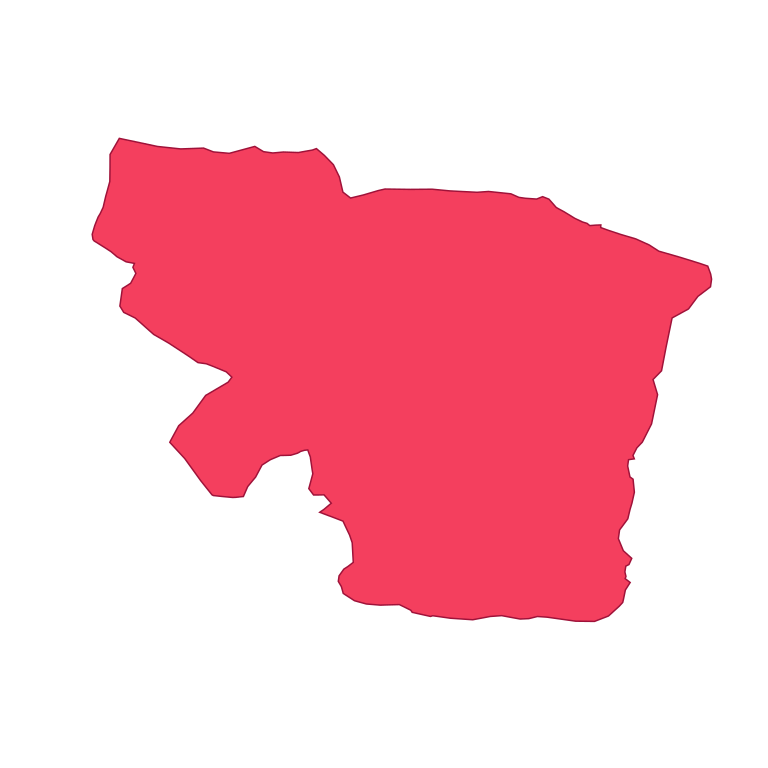 the district of Munya, Niger, Nigeria, rotated 98°
{"feature_id": "59680162B69298252864907", "entity_name": "Munya", "entity_type": "district", "adm_level": 2, "iso_a3": "NGA", "parent_name": "Nigeria", "parent_adm1": "Niger", "projection": "natural_earth1", "projection_center": [7.078, 9.799], "detail": "fine", "context": "isolated", "style": "filled", "palette": "rose", "viewbox_px": 768, "rotation_deg": 98, "n_neighbors": 0, "source": "geoboundaries", "source_scale": "gbopen_adm2", "svg_char_len": 3139}
<svg xmlns="http://www.w3.org/2000/svg" viewBox="0 0 768 768"><g transform="rotate(98 384 384)"><path d="M567.1,117.2L563.9,116.9L554.4,116.3L546.3,112.6L543.2,118.1L540.9,117.6L536.6,119.3L530.7,119.2L528.7,116.3L522.2,114.4L515.8,123.8L504.5,130.4L495.7,130.4L491.7,128.2L483.6,123.8L474.0,122.9L467.5,121.9L456.3,121.0L443.6,124.1L441.8,127.5L431.3,131.3L424.9,131.3L423.3,125.7L420.1,127.5L412.0,124.7L405.6,120.1L386.3,113.5L380.3,113.1L356.5,111.6L342.1,118.2L332.3,111.0L308.3,109.8L278.5,107.9L267.3,92.9L253.6,85.4L242.3,74.2L234.6,74.2L229.7,75.8L222.2,79.8L220.6,88.2L217.4,107.9L214.2,130.4L209.4,140.7L205.3,154.7L202.9,170.6L200.5,183.7L198.9,191.2L196.3,191.4L197.3,196.9L198.5,202.3L196.7,205.2L195.9,210.1L193.4,218.1L188.4,229.6L186.1,235.8L185.2,238.0L184.8,238.5L178.0,246.4L176.4,253.0L179.6,258.6L180.4,269.8L180.4,276.4L178.0,284.8L178.8,307.3L181.2,318.5L183.6,345.6L184.4,363.4L187.6,384.9L190.8,410.2L193.2,416.5L199.7,430.8L204.5,443.0L199.7,451.4L185.2,457.0L173.9,464.6L165.9,474.9L160.3,483.7L162.3,487.5L164.4,494.0L166.7,501.0L168.3,516.0L170.7,526.3L170.7,535.6L166.7,545.0L177.1,569.3L177.9,585.2L175.5,595.5L179.5,618.0L180.3,641.4L177.6,680.3L191.3,685.8L194.8,687.2L198.5,686.7L208.1,685.4L221.6,683.7L233.3,685.2L236.9,685.7L248.1,686.7L254.6,688.7L258.4,690.3L263.6,691.6L267.5,692.5L273.6,693.4L276.4,693.8L281.4,692.3L282.7,690.9L283.7,688.6L287.6,679.9L290.9,672.8L295.1,666.2L298.9,656.4L299.3,647.9L303.4,648.9L305.5,647.5L305.7,647.3L306.2,647.0L309.0,645.1L312.1,646.2L316.5,647.8L319.5,648.9L322.7,652.6L325.9,656.4L329.7,656.4L340.2,656.4L343.6,656.4L349.3,651.7L349.6,650.8L351.7,644.3L352.6,641.6L353.3,639.5L354.9,637.1L361.5,627.2L364.3,623.0L367.0,618.9L373.4,603.0L383.1,582.4L388.7,571.2L388.7,562.8L390.0,557.1L393.9,541.9L398.4,535.6L403.9,538.6L420.1,559.0L439.4,569.3L453.9,581.5L470.8,587.8L471.6,588.0L485.5,571.0L505.4,551.9L517.7,538.9L518.2,537.5L517.9,528.4L517.5,519.8L517.4,517.8L517.1,516.5L517.0,515.7L516.8,514.7L516.5,513.7L516.3,512.7L516.0,511.7L515.0,507.6L511.1,506.5L504.6,504.7L498.7,501.1L494.1,498.2L485.0,494.9L481.2,493.5L479.0,490.9L475.5,486.9L474.8,486.0L474.1,484.9L471.1,479.9L469.2,476.7L468.5,472.2L467.5,466.4L464.6,460.1L463.3,458.3L462.4,457.3L460.7,453.5L459.9,450.3L462.8,448.8L466.3,446.9L466.7,446.7L467.3,446.6L479.3,443.1L482.8,442.0L494.2,443.4L498.1,443.9L503.7,438.3L503.0,433.4L502.1,428.0L504.5,425.2L507.3,422.0L509.4,419.6L511.7,421.7L516.6,426.1L519.5,429.3L520.0,429.8L521.7,422.2L521.9,421.4L522.6,418.0L525.5,405.5L529.7,402.8L535.3,399.1L538.3,397.1L545.6,393.4L564.9,389.6L569.7,394.3L572.9,398.0L580.2,401.8L585.8,401.8L590.6,398.0L597.1,395.2L602.7,383.1L603.2,379.5L604.3,370.9L603.5,356.9L602.5,351.2L600.3,338.1L604.3,326.0L606.2,324.3L607.7,305.6L606.7,303.5L606.7,301.3L606.7,294.3L606.7,292.7L606.7,285.7L605.1,263.3L600.7,250.2L599.4,246.4L598.7,243.1L597.0,235.2L597.1,232.9L597.4,226.3L597.8,216.5L596.2,208.0L594.9,204.7L592.9,199.8L592.2,190.3L592.2,179.0L592.2,173.0L592.2,161.2L589.8,142.5L585.4,134.6L582.5,129.4L577.2,125.0L571.3,120.1L567.1,117.2Z" fill="#f43f5e" stroke="#9f1239" stroke-width="1.5"/></g></svg>